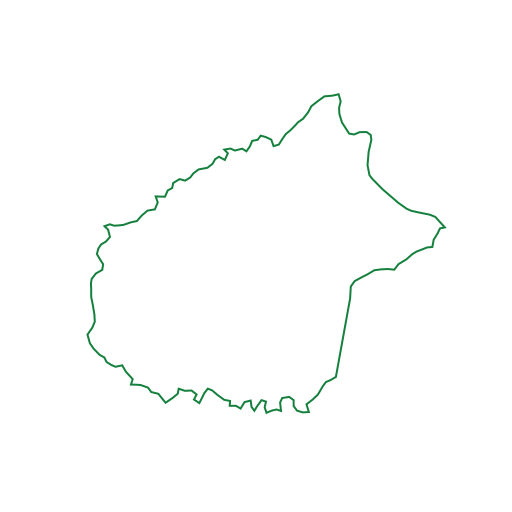 Alcantil, Paraíba, Brazil (orthographic projection), rotated 218°
{"feature_id": "56859067B64154070664732", "entity_name": "Alcantil", "entity_type": "district", "adm_level": 2, "iso_a3": "BRA", "parent_name": "Brazil", "parent_adm1": "Paraíba", "projection": "orthographic", "projection_center": [-36.044, -7.697], "detail": "fine", "context": "isolated", "style": "outline", "palette": "green", "viewbox_px": 512, "rotation_deg": 218, "n_neighbors": 0, "source": "geoboundaries", "source_scale": "gbopen_adm2", "svg_char_len": 2279}
<svg xmlns="http://www.w3.org/2000/svg" viewBox="0 0 512 512"><g transform="rotate(218 256 256)"><path d="M393.7,186.2L388.8,185.7L382.8,181.1L383.1,175.2L385.2,169.6L384.8,164.8L382.6,159.6L377.1,157.4L371.4,155.4L368.6,150.4L371.4,143.7L371.4,136.8L369.2,132.8L365.2,128.1L360.7,122.3L354.3,116.8L347.5,110.6L342.6,105.0L340.9,98.8L340.4,90.3L333.2,85.0L326.9,83.0L318.2,81.8L313.1,82.7L308.6,80.5L303.3,81.0L298.5,82.2L294.1,87.5L287.3,84.7L281.8,83.8L277.3,83.0L275.4,77.7L271.3,80.7L267.5,83.3L260.0,85.8L254.8,84.3L248.1,87.3L242.6,86.0L236.9,84.7L234.2,93.2L232.9,99.3L235.2,103.8L229.0,106.0L224.0,110.3L217.6,110.3L216.5,104.7L210.1,105.2L211.3,111.3L212.3,116.1L212.3,121.8L207.9,123.1L200.9,122.8L192.5,123.1L187.2,125.8L184.5,121.8L179.6,125.6L174.2,126.3L175.1,133.8L171.2,138.8L166.7,134.4L162.0,133.0L162.6,138.3L162.9,145.8L158.5,147.4L156.0,142.1L151.2,138.9L148.5,143.7L145.3,147.7L140.9,149.3L146.8,155.4L147.9,160.2L143.1,165.4L137.6,165.6L133.9,160.9L128.4,159.4L122.8,161.6L118.3,165.6L124.9,170.2L123.0,177.7L121.9,184.7L122.5,189.4L123.2,194.5L123.3,199.7L120.8,204.3L118.6,209.9L155.7,280.5L162.5,290.3L162.8,297.0L159.7,304.1L156.6,310.8L154.0,317.6L149.3,322.4L144.1,326.9L138.6,330.4L138.7,337.3L135.4,346.1L134.0,353.6L132.2,358.4L129.7,362.5L126.5,368.0L122.6,371.7L126.0,378.2L126.8,385.5L128.0,391.0L124.8,394.8L138.9,397.2L144.6,395.5L154.6,390.5L161.5,387.2L166.2,386.0L176.3,385.5L197.5,386.5L211.8,388.4L216.3,389.5L224.0,396.2L231.4,407.5L236.6,418.5L240.1,422.0L245.1,421.8L250.5,417.5L253.5,412.2L258.0,409.8L270.6,414.2L277.8,419.3L281.8,424.0L284.5,430.0L290.5,434.3L294.4,429.5L300.4,423.9L302.6,416.2L304.6,408.2L303.4,401.5L303.4,393.2L305.2,387.3L305.6,382.0L306.4,375.7L307.6,370.5L307.3,364.6L306.6,357.9L309.8,353.4L315.6,357.1L321.7,355.7L326.4,353.7L326.2,348.6L329.9,344.4L328.3,338.6L328.0,332.6L332.9,332.1L337.6,326.1L342.3,324.9L346.5,320.3L341.4,319.6L339.7,312.5L346.3,311.4L347.8,307.1L347.0,301.8L348.6,295.6L354.6,288.8L356.2,282.5L356.2,277.3L358.2,271.8L363.6,269.5L366.2,262.5L363.9,258.0L365.9,253.3L364.2,246.7L371.7,241.2L366.4,237.7L364.4,230.5L369.4,225.0L370.9,218.0L371.4,210.2L375.2,205.7L379.6,198.9L383.1,195.5L386.5,192.5L390.7,191.0L393.7,186.2Z" fill="none" stroke="#15803d" stroke-width="2"/></g></svg>